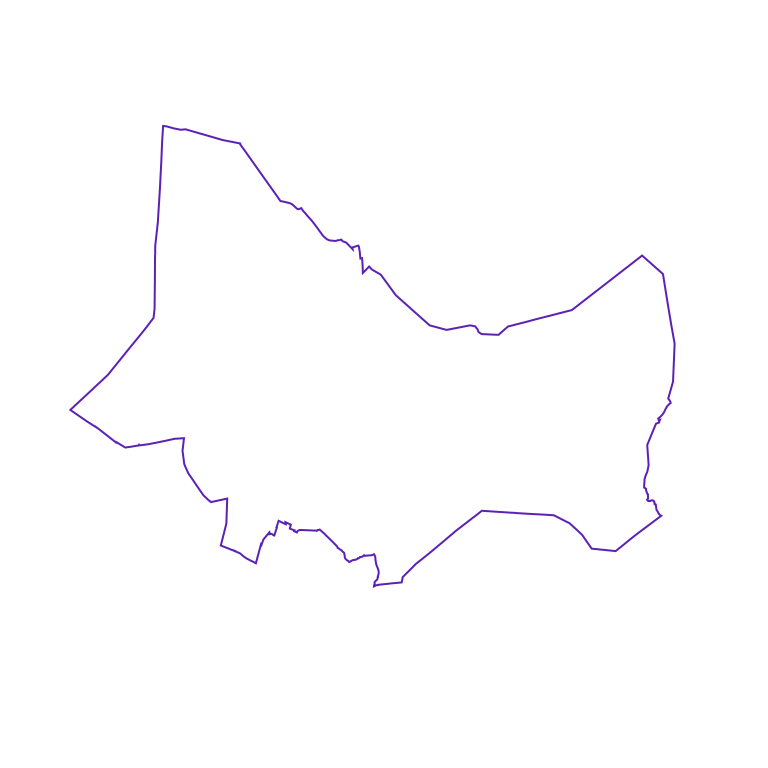 Losser, Overijssel, Netherlands (Natural Earth projection), rotated 283°
{"feature_id": "6326949B82961432295226", "entity_name": "Losser", "entity_type": "district", "adm_level": 2, "iso_a3": "NLD", "parent_name": "Netherlands", "parent_adm1": "Overijssel", "projection": "natural_earth1", "projection_center": [6.987, 52.3], "detail": "fine", "context": "isolated", "style": "outline", "palette": "violet", "viewbox_px": 768, "rotation_deg": 283, "n_neighbors": 0, "source": "geoboundaries", "source_scale": "gbopen_adm2", "svg_char_len": 5984}
<svg xmlns="http://www.w3.org/2000/svg" viewBox="0 0 768 768"><g transform="rotate(283 384 384)"><path d="M318.0,683.8L318.4,682.5L318.6,682.2L318.9,681.6L319.7,680.7L320.2,680.2L321.3,679.3L321.9,678.7L322.3,678.2L322.7,677.8L323.1,677.6L326.0,676.6L327.1,676.1L327.8,675.9L327.9,675.7L327.8,675.2L327.7,674.9L327.9,674.6L328.1,674.5L328.4,674.4L328.9,674.3L329.1,674.3L329.5,673.9L329.9,673.7L330.3,673.7L330.5,673.6L330.6,673.4L330.7,672.8L331.0,672.4L331.0,672.2L330.9,671.8L330.9,671.0L330.9,670.9L330.7,670.6L330.2,670.0L329.8,669.7L329.6,669.3L329.8,668.8L329.8,668.6L329.7,668.5L329.4,668.1L329.4,667.8L330.2,666.8L330.4,666.4L331.7,667.0L333.1,666.8L333.5,666.6L335.0,666.2L335.7,666.1L335.7,665.9L335.8,665.7L336.1,665.4L336.9,664.9L338.3,663.9L339.6,663.2L340.1,663.0L340.7,662.9L340.9,662.9L341.3,661.8L341.6,660.8L344.1,660.2L345.7,660.0L346.2,660.0L349.8,659.3L350.6,659.3L353.1,659.5L355.2,659.8L357.7,660.3L364.4,660.1L364.8,660.0L380.2,655.3L383.9,654.2L389.9,655.2L397.9,656.5L401.0,657.0L406.6,658.0L408.1,660.3L408.3,660.7L409.6,660.7L410.9,660.9L410.2,660.0L410.6,659.7L411.3,659.6L412.1,658.9L412.9,659.6L414.2,660.6L416.0,661.7L417.0,662.2L417.6,662.5L419.1,663.1L419.9,663.3L423.0,664.0L423.6,664.1L424.7,664.5L425.7,664.8L426.5,665.2L427.0,665.4L427.4,665.7L428.2,666.2L429.4,667.1L430.0,667.6L430.8,667.2L431.6,666.6L432.7,665.5L433.1,665.0L433.8,664.2L451.3,665.1L488.7,658.1L505.5,650.9L511.0,648.6L511.4,648.5L518.5,645.5L537.1,637.9L553.9,631.1L567.2,606.6L498.3,550.4L480.2,515.4L477.2,509.9L472.2,500.2L467.9,491.9L459.9,486.1L458.9,485.4L458.1,484.9L457.7,484.5L457.0,481.0L455.4,472.2L454.6,468.0L455.9,464.4L458.4,462.8L460.7,459.8L460.5,454.7L453.0,437.8L450.8,432.8L451.4,415.3L461.0,397.7L471.4,378.8L472.5,376.8L473.1,375.6L489.8,356.3L492.8,346.5L495.1,343.1L487.4,338.4L488.9,338.0L493.6,336.8L498.6,335.3L499.6,335.0L501.7,334.3L500.9,332.8L505.3,331.3L507.4,330.6L509.6,329.7L512.1,328.7L513.1,327.8L509.9,322.4L508.3,323.1L513.2,315.5L513.4,314.7L513.8,311.5L515.1,309.9L514.1,308.1L513.7,306.6L513.2,305.9L512.5,304.8L511.7,299.0L511.8,297.7L512.3,295.6L513.5,293.3L514.8,291.1L519.2,286.0L521.7,283.2L526.9,276.9L530.6,271.6L533.2,268.2L534.1,266.7L535.1,265.5L536.8,263.8L535.2,261.8L535.1,260.0L537.9,255.1L538.7,253.3L539.0,251.5L539.1,244.1L538.9,242.0L541.9,238.7L542.0,238.6L551.0,228.5L553.6,225.5L559.6,218.8L567.5,209.9L580.8,195.0L582.6,192.9L585.6,189.5L586.0,189.6L585.7,180.4L585.4,172.1L587.5,133.4L587.4,132.9L586.0,128.8L585.8,121.9L586.1,115.0L585.9,111.7L585.8,110.8L585.3,110.8L569.1,113.5L549.4,117.2L535.2,119.7L524.6,121.6L490.4,127.3L467.2,130.0L459.7,131.7L456.8,132.2L434.9,137.1L405.9,143.5L396.6,144.6L382.3,138.1L369.3,131.7L363.7,128.9L330.8,112.9L326.3,109.9L321.5,106.7L320.0,105.6L316.2,103.1L288.2,84.2L287.5,85.9L280.7,103.1L277.4,112.4L277.6,112.5L277.3,113.1L277.1,113.5L276.7,114.3L276.5,114.9L276.4,115.3L266.7,136.1L267.1,136.2L267.0,136.4L267.1,136.5L263.9,146.2L266.1,151.9L266.3,152.4L266.8,153.6L267.8,156.0L268.1,156.6L268.1,156.8L268.8,158.5L269.0,158.6L269.4,158.8L269.0,159.0L269.4,159.9L269.8,161.3L271.5,165.8L272.3,167.9L275.7,175.6L280.2,185.3L283.6,192.5L284.5,195.7L284.8,196.6L286.2,201.3L282.8,201.7L273.6,202.7L260.8,207.5L260.2,208.0L258.9,208.9L254.2,212.5L253.0,213.4L252.4,214.0L245.6,221.5L243.7,223.4L242.2,225.1L235.0,233.0L234.2,234.3L233.3,235.9L231.8,238.4L231.1,239.6L230.2,241.8L230.0,242.0L237.1,257.0L212.5,261.8L193.0,261.4L189.9,261.3L188.6,270.3L188.5,270.8L188.4,271.2L188.1,273.2L187.9,274.8L187.7,275.6L188.0,275.6L187.8,276.5L187.6,276.5L186.6,281.8L184.1,286.7L183.1,289.3L182.4,292.2L182.2,292.6L181.3,296.7L180.5,299.5L200.1,300.2L199.6,300.8L205.4,301.5L213.7,305.7L213.5,305.8L212.9,306.0L211.9,306.3L212.1,306.7L212.4,307.0L212.7,308.0L212.5,308.6L212.4,309.2L211.9,310.0L211.7,310.6L211.7,311.2L216.6,311.6L220.0,311.9L220.1,311.5L227.0,312.1L225.2,319.9L225.7,319.8L226.4,319.6L227.2,319.2L226.4,322.9L226.3,323.5L226.0,324.9L222.4,324.7L221.9,324.8L221.4,328.8L221.3,329.7L220.9,329.6L220.3,329.6L220.3,329.8L220.0,331.9L219.9,332.0L220.0,332.1L219.9,332.6L221.2,332.8L221.3,332.9L221.5,333.1L222.6,334.3L222.7,334.6L222.8,334.7L223.2,336.6L224.3,342.5L224.8,345.1L225.9,350.9L226.0,351.2L226.1,351.5L226.3,351.7L226.1,351.8L226.3,352.0L226.9,352.7L227.7,354.1L224.6,359.8L223.5,361.4L222.6,363.0L218.4,369.8L215.2,374.9L214.0,375.5L213.5,377.2L212.8,378.4L212.7,378.9L212.6,379.2L212.6,379.6L212.3,380.2L211.3,381.4L211.0,382.1L210.9,382.4L210.7,382.9L209.3,383.7L207.6,384.4L206.5,384.7L205.7,385.2L205.3,385.5L204.9,385.9L204.3,386.9L203.7,388.2L203.7,388.7L203.4,389.1L203.0,389.6L202.7,390.2L202.8,390.3L203.3,390.9L203.6,391.1L204.8,392.5L205.0,392.7L205.2,392.9L205.7,394.1L205.8,394.5L206.0,394.6L206.2,395.4L206.8,396.5L207.8,397.7L208.0,397.9L208.4,397.8L208.8,398.7L208.9,398.9L209.2,399.2L210.1,399.6L210.3,400.8L211.1,401.9L211.8,402.4L212.3,402.8L212.0,402.9L214.4,410.6L214.6,411.0L215.9,412.5L214.3,413.9L213.9,414.2L213.5,414.4L213.2,414.6L212.5,414.7L212.2,414.8L210.3,415.4L209.2,415.9L206.9,416.8L206.2,417.2L203.6,419.0L202.8,419.6L202.6,419.6L200.8,420.7L200.3,420.9L199.0,421.3L198.3,421.4L195.8,421.4L194.8,421.5L194.8,421.3L193.6,421.4L192.8,421.5L191.9,421.3L191.2,420.9L190.1,420.1L189.5,419.7L188.1,419.4L186.3,420.3L186.0,420.0L185.6,419.5L184.5,419.7L185.1,420.5L185.7,421.1L186.2,421.8L186.9,423.7L187.1,423.7L189.1,429.5L189.9,431.9L191.4,436.1L193.0,441.0L194.4,445.1L194.7,445.9L200.1,445.7L210.9,452.5L215.7,455.4L222.2,460.6L229.4,466.3L239.2,473.7L246.1,478.9L249.6,481.5L257.1,487.1L259.6,489.1L262.1,491.2L268.3,496.3L273.0,500.1L275.2,502.0L282.5,507.9L284.8,522.2L287.1,536.2L288.0,541.2L287.9,541.3L289.9,553.3L293.1,571.6L294.3,579.2L292.7,585.5L291.5,590.3L290.8,592.8L290.6,593.9L290.3,595.5L290.2,595.9L289.5,597.1L285.3,604.6L283.0,608.5L281.4,611.2L275.7,617.4L270.3,623.4L273.3,647.3L275.3,648.9L286.2,657.4L286.5,657.6L293.3,663.0L318.0,683.8Z" fill="none" stroke="#5b21b6" stroke-width="2"/></g></svg>